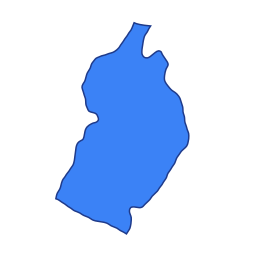 Villa Jaragua, Bahoruco, Dominican Republic, rotated 8°
{"feature_id": "3306468B1836648434057", "entity_name": "Villa Jaragua", "entity_type": "district", "adm_level": 2, "iso_a3": "DOM", "parent_name": "Dominican Republic", "parent_adm1": "Bahoruco", "projection": "orthographic", "projection_center": [-71.495, 18.534], "detail": "fine", "context": "isolated", "style": "filled", "palette": "blue", "viewbox_px": 256, "rotation_deg": 8, "n_neighbors": 0, "source": "geoboundaries", "source_scale": "gbopen_adm2", "svg_char_len": 2917}
<svg xmlns="http://www.w3.org/2000/svg" viewBox="0 0 256 256"><g transform="rotate(8 128 128)"><path d="M66.4,208.1L68.6,208.6L70.0,209.2L73.1,210.8L75.9,212.0L79.6,214.1L82.4,215.3L85.5,217.0L86.8,217.5L89.1,218.0L92.0,218.8L95.2,220.3L96.6,220.8L100.3,221.7L101.7,222.1L104.9,223.6L106.3,224.1L108.7,224.5L117.1,224.7L118.8,224.9L120.4,225.2L121.8,225.7L125.0,227.2L130.9,228.7L134.7,230.6L138.3,231.8L141.2,233.1L143.3,228.5L143.8,227.1L144.1,224.8L144.2,222.4L144.0,218.4L143.6,216.1L143.0,214.7L141.4,211.7L141.0,210.3L140.9,208.9L141.0,208.2L141.2,207.5L141.5,206.9L141.9,206.3L142.5,205.9L143.8,205.5L145.1,205.3L150.3,205.3L151.7,205.0L152.9,204.4L153.8,203.5L155.4,201.2L158.8,196.9L159.7,195.6L161.4,192.2L165.8,186.5L166.5,185.2L167.4,183.1L169.5,179.4L170.6,176.7L172.5,172.9L173.0,171.5L173.5,168.5L174.0,167.0L175.9,163.3L177.1,160.5L179.0,156.7L179.4,155.3L180.2,151.6L180.7,150.2L182.3,147.1L183.3,145.1L184.0,143.7L184.9,142.5L187.5,139.4L188.4,138.1L188.7,137.4L189.2,135.9L189.4,134.4L189.6,130.4L189.3,127.2L188.8,125.0L188.2,123.7L186.8,121.2L185.6,118.4L183.7,114.7L183.2,113.2L182.6,110.2L182.2,108.8L180.7,105.6L180.2,104.2L179.5,100.5L179.0,99.0L175.6,91.9L174.8,90.7L173.8,89.5L171.6,87.5L169.7,86.3L166.4,84.7L165.2,83.9L163.5,82.5L161.3,80.4L159.7,78.8L158.3,77.0L157.6,75.7L157.2,74.3L157.0,72.8L156.9,70.6L157.0,67.6L157.3,65.4L157.6,64.0L158.7,61.0L158.9,59.8L158.6,58.6L157.9,57.4L157.0,56.3L152.6,51.4L151.7,50.3L150.3,48.1L149.9,47.8L148.9,47.4L147.8,47.3L147.3,47.5L146.1,48.0L144.5,49.4L140.0,54.2L138.9,55.1L137.6,55.8L137.1,55.9L136.0,56.0L135.3,56.0L134.6,55.8L133.9,55.5L132.8,54.6L132.0,53.5L131.6,52.8L131.2,51.2L131.0,49.5L130.9,47.8L131.0,39.9L131.2,37.3L131.4,35.6L131.6,34.7L132.1,33.3L133.7,30.1L134.9,26.6L136.2,23.8L130.1,24.0L125.4,23.9L121.7,23.5L119.4,22.9L118.0,28.6L117.3,30.7L115.6,33.8L114.4,36.6L112.4,40.3L111.2,43.0L109.2,46.8L108.0,49.5L107.1,50.8L106.1,52.1L105.0,53.2L103.8,54.3L102.5,55.2L101.1,55.9L98.4,57.1L95.3,58.8L91.9,60.2L87.8,62.6L86.7,63.4L85.9,64.4L83.8,68.0L83.2,69.2L82.8,70.7L82.3,73.7L81.8,75.1L80.4,78.3L79.9,79.7L79.6,81.2L78.9,86.6L78.5,88.1L77.4,90.5L77.0,91.8L76.8,92.5L76.8,94.0L77.0,94.7L77.5,96.0L78.7,98.4L79.9,101.1L81.8,104.9L82.2,106.4L82.8,109.4L83.2,110.9L83.8,112.1L85.6,115.1L86.3,116.1L86.8,116.6L87.4,116.9L88.7,117.3L92.1,117.7L93.5,118.0L94.7,118.6L95.2,119.0L96.0,120.1L97.2,122.2L97.5,123.4L97.5,124.0L97.4,124.7L97.1,125.2L96.3,126.2L95.2,127.0L92.7,128.0L90.7,129.3L88.9,130.8L87.3,132.7L86.6,134.1L86.1,135.7L85.9,137.3L85.6,143.0L85.3,144.5L85.1,145.2L84.7,145.8L84.3,146.2L82.3,147.7L81.3,148.6L80.5,149.7L79.9,151.0L79.5,152.6L79.3,154.3L79.3,156.9L79.4,167.4L79.2,169.9L78.9,171.6L78.4,173.0L76.8,176.1L75.6,178.8L73.5,182.5L72.3,185.2L70.9,187.7L70.4,189.0L69.9,191.3L69.4,195.9L69.1,197.4L68.6,198.8L67.2,202.0L66.8,203.5L66.6,205.0L66.4,208.1Z" fill="#3b82f6" stroke="#1e3a8a" stroke-width="1.5"/></g></svg>